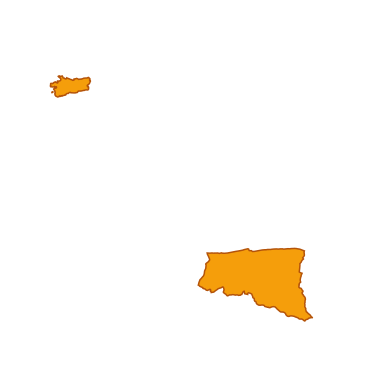 Bengkulu Utara, Bengkulu, Indonesia (Mercator projection), rotated 142°
{"feature_id": "22746128B39887218554518", "entity_name": "Bengkulu Utara", "entity_type": "district", "adm_level": 2, "iso_a3": "IDN", "parent_name": "Indonesia", "parent_adm1": "Bengkulu", "projection": "mercator", "projection_center": [102.208, -4.116], "detail": "fine", "context": "isolated", "style": "filled", "palette": "amber", "viewbox_px": 384, "rotation_deg": 142, "n_neighbors": 0, "source": "geoboundaries", "source_scale": "gbopen_adm2", "svg_char_len": 5885}
<svg xmlns="http://www.w3.org/2000/svg" viewBox="0 0 384 384"><g transform="rotate(142 192 192)"><path d="M244.3,114.8L244.1,114.6L243.9,112.8L242.4,110.0L242.7,109.4L242.6,109.0L241.5,107.7L241.2,105.9L240.4,104.9L239.0,104.6L238.3,104.5L237.9,104.3L237.5,103.8L237.7,103.1L238.8,102.4L238.7,102.5L238.7,102.3L238.4,101.9L238.5,101.2L238.7,100.9L236.6,99.8L235.8,99.7L234.5,99.8L231.9,99.6L231.1,99.7L229.4,99.2L228.3,98.7L226.2,98.3L226.0,97.9L226.0,97.4L226.8,95.3L227.3,95.1L227.5,94.7L228.5,94.2L228.9,93.8L229.1,93.4L228.6,91.4L228.3,90.8L228.2,88.7L227.9,88.3L227.1,88.0L225.7,87.8L224.6,86.8L223.6,86.4L223.0,86.0L222.2,85.2L221.4,84.1L220.3,83.5L219.6,83.0L218.9,81.8L218.1,81.4L217.6,81.0L217.2,80.9L216.7,81.0L215.9,80.6L213.4,81.8L212.6,81.9L212.0,81.6L213.1,79.4L211.2,77.0L210.7,77.7L209.7,77.9L208.6,76.6L207.8,75.0L207.8,74.7L208.1,73.8L208.5,72.3L209.0,71.4L209.0,70.8L208.7,70.3L208.5,69.9L208.8,69.3L209.5,68.4L209.7,67.4L209.7,67.0L209.2,66.4L209.3,65.8L209.8,64.7L209.8,63.6L209.2,62.0L208.8,61.5L208.0,60.8L206.6,60.0L205.9,59.4L205.5,59.0L205.0,58.1L205.1,57.2L205.0,56.8L204.0,55.6L203.6,54.8L202.6,54.0L202.5,53.4L201.7,52.8L200.4,52.5L199.5,52.2L198.2,51.4L197.3,50.3L197.0,48.5L197.0,47.8L196.9,47.1L196.3,44.0L196.1,43.2L195.8,42.7L194.0,41.2L193.5,40.3L193.2,39.2L193.2,38.5L193.5,37.6L193.5,36.6L193.4,35.9L193.1,35.2L192.7,34.7L192.1,34.2L191.0,33.9L190.5,33.6L189.5,32.8L187.7,30.7L187.6,30.0L186.9,29.2L186.4,28.2L186.0,27.7L185.8,26.4L185.5,25.8L185.3,25.5L183.8,24.4L183.3,23.5L182.9,21.6L182.6,21.1L182.5,20.9L181.3,21.2L180.7,21.2L179.0,20.5L178.1,20.7L177.6,20.6L175.2,19.5L174.3,18.5L174.5,19.1L174.6,19.8L174.9,20.1L174.6,21.9L174.8,23.2L175.3,24.8L175.2,26.2L175.6,26.8L175.6,27.4L174.6,29.7L174.3,29.9L174.0,30.3L174.0,31.2L173.6,32.4L172.5,33.5L171.9,34.7L171.5,35.1L171.0,35.3L169.9,36.7L168.6,37.7L168.1,38.7L167.8,39.7L167.9,41.0L167.7,42.8L167.8,43.3L167.7,43.9L167.5,44.5L167.2,45.0L166.9,45.1L166.4,45.0L165.8,45.3L165.5,45.8L165.6,47.5L165.4,47.9L165.4,49.0L165.5,49.2L166.1,49.8L166.4,50.9L166.3,51.4L166.0,51.7L165.4,52.0L165.1,52.8L164.7,52.9L164.3,53.3L164.3,53.5L163.2,54.0L161.8,54.1L161.5,55.0L160.9,56.1L159.7,57.2L159.0,57.8L158.1,58.3L157.3,59.1L155.3,60.2L155.8,60.9L156.6,62.5L156.7,63.0L154.1,65.6L151.9,68.0L151.2,69.1L149.2,69.5L147.5,70.4L145.4,70.6L145.3,72.0L143.5,72.4L142.6,72.8L142.1,73.3L141.8,74.0L141.2,74.7L140.7,75.7L139.7,76.4L142.3,80.7L143.0,81.3L143.3,81.8L143.7,82.1L144.4,83.0L145.8,84.3L148.6,86.3L150.4,87.4L151.2,88.2L154.9,90.5L155.7,91.5L157.4,92.8L159.2,93.9L160.3,95.0L162.7,96.7L164.3,97.7L165.4,98.3L167.9,100.2L169.2,100.9L170.1,101.6L172.4,103.1L179.3,106.7L181.0,107.9L181.3,109.2L182.6,110.2L183.0,110.7L182.5,112.2L183.0,112.9L186.4,114.5L187.7,114.9L191.5,116.8L194.0,118.2L201.5,122.0L204.1,123.7L205.9,125.2L206.0,125.7L206.9,126.2L208.3,126.8L209.2,128.0L213.1,130.9L213.7,131.6L215.7,132.9L217.6,134.6L218.1,133.7L218.7,131.0L219.4,128.5L219.9,127.6L220.1,127.5L220.8,127.4L221.4,127.1L221.9,127.0L224.3,127.0L225.3,126.9L225.5,126.6L225.8,126.3L225.8,125.9L226.5,125.1L228.2,123.3L230.7,122.0L232.6,120.1L233.7,119.3L234.7,118.8L236.0,118.6L238.3,118.1L239.6,118.0L242.1,116.5L244.3,114.8ZM212.4,337.6L211.8,336.9L211.2,336.6L210.9,336.5L210.3,336.7L209.8,337.3L209.6,337.4L209.6,337.7L209.3,337.8L208.9,338.3L208.9,339.1L209.1,339.2L209.3,339.1L209.4,339.4L209.2,340.1L208.9,340.5L208.4,340.4L208.1,340.6L207.5,340.4L207.3,340.5L206.8,340.5L206.3,340.6L205.3,341.0L204.8,341.4L203.9,341.8L203.6,342.3L203.7,342.5L203.9,342.7L203.7,342.8L203.8,343.2L203.6,343.5L203.2,343.5L202.8,343.9L202.8,344.7L203.0,345.4L202.9,345.8L203.0,346.0L203.7,346.3L203.9,346.2L204.6,346.5L206.1,347.6L207.4,348.4L208.4,348.6L209.5,349.1L209.8,349.1L210.0,349.4L210.7,349.9L210.8,349.8L212.1,350.6L212.1,351.0L212.5,351.8L213.0,352.6L214.1,352.9L214.3,353.1L214.7,353.2L215.3,353.7L215.5,353.7L215.9,353.0L216.1,352.9L216.4,353.0L216.6,353.2L216.9,353.2L217.2,353.4L217.4,353.6L217.4,353.9L217.6,354.3L217.6,354.5L218.5,355.6L219.0,356.7L219.4,357.2L219.7,357.7L219.8,357.8L219.8,358.1L220.2,358.5L220.4,359.1L221.3,358.7L221.6,358.7L222.3,359.2L222.3,359.6L222.5,360.4L223.2,361.0L223.3,361.3L222.9,362.4L222.8,363.3L224.3,364.0L224.6,364.4L225.1,365.2L225.5,365.1L225.5,365.3L225.8,365.5L226.2,365.5L226.2,364.5L225.6,363.6L225.9,363.3L225.9,363.1L225.6,362.4L225.9,361.6L226.9,360.8L228.0,361.0L228.4,361.4L229.2,361.6L229.4,362.0L229.6,362.2L230.0,361.7L230.3,360.8L230.8,360.7L231.4,361.4L231.5,362.6L232.1,363.0L232.4,362.8L232.6,363.0L233.2,363.3L233.5,363.3L233.7,363.2L234.0,363.3L234.3,363.1L234.7,363.3L235.2,363.3L235.3,363.6L236.2,364.4L236.5,364.5L236.7,364.4L236.8,364.1L237.8,363.3L237.7,362.9L238.2,362.7L238.5,362.4L238.5,361.8L238.2,361.6L237.1,360.5L236.5,360.1L235.5,359.6L235.2,359.7L235.1,359.4L234.8,359.0L234.1,358.5L234.1,358.4L234.2,358.0L234.4,357.8L234.9,357.6L235.2,357.6L235.8,357.9L236.0,358.3L236.3,358.4L237.6,358.3L237.6,358.1L237.8,357.8L237.7,356.5L237.9,356.0L238.1,355.9L238.3,354.8L238.5,354.6L239.0,354.1L239.3,353.9L239.4,354.0L239.7,353.3L240.0,353.2L240.3,352.2L240.2,351.9L240.3,351.5L240.0,350.8L239.3,349.5L238.2,349.1L237.9,349.1L237.6,349.0L237.4,349.2L237.3,348.7L236.9,348.5L236.7,348.3L236.2,348.3L236.1,348.5L235.9,348.5L235.8,348.4L235.7,348.3L235.8,348.1L235.5,347.6L235.2,347.5L234.8,347.8L234.5,347.7L234.2,347.3L233.7,347.0L233.1,346.9L232.5,346.4L232.0,346.7L231.5,346.3L231.2,346.5L230.4,346.7L230.0,346.6L229.4,346.3L229.0,345.9L227.4,345.9L226.5,345.4L226.3,344.6L225.8,344.4L224.7,343.3L224.0,342.8L223.6,342.4L222.9,341.9L222.4,341.8L221.9,341.4L221.2,341.1L220.7,341.1L220.0,341.4L219.4,341.4L218.9,341.1L217.3,339.9L216.0,339.3L215.6,339.1L214.5,338.6L214.4,338.4L213.6,338.2L212.4,337.6ZM241.0,356.4L240.1,356.3L239.9,356.6L240.0,356.8L240.7,357.0L241.2,356.6L241.0,356.4Z" fill="#f59e0b" stroke="#b45309" stroke-width="1.5"/></g></svg>